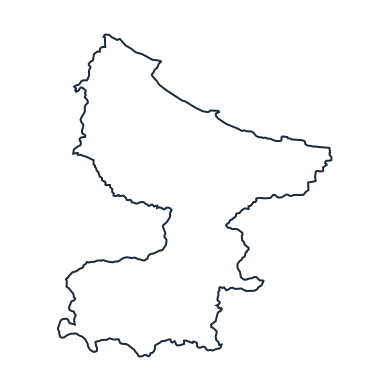 outline of Nandayure, Guanacaste, Costa Rica, rotated 177°
{"feature_id": "36466004B45904534583509", "entity_name": "Nandayure", "entity_type": "district", "adm_level": 2, "iso_a3": "CRI", "parent_name": "Costa Rica", "parent_adm1": "Guanacaste", "projection": "mercator", "projection_center": [-85.275, 9.901], "detail": "fine", "context": "isolated", "style": "outline", "palette": "slate", "viewbox_px": 384, "rotation_deg": 177, "n_neighbors": 0, "source": "geoboundaries", "source_scale": "gbopen_adm2", "svg_char_len": 5964}
<svg xmlns="http://www.w3.org/2000/svg" viewBox="0 0 384 384"><g transform="rotate(177 192 192)"><path d="M320.9,83.1L320.5,80.9L319.3,79.9L316.4,78.8L315.7,76.7L314.6,75.0L316.5,70.9L316.0,65.8L321.1,67.4L322.4,70.7L323.6,72.0L327.4,71.9L329.3,71.1L330.2,69.8L333.0,62.8L332.9,61.5L331.9,59.5L332.1,58.2L331.1,54.1L329.6,53.3L327.7,53.4L324.3,55.4L321.1,56.7L316.1,56.8L314.1,56.4L313.1,55.1L308.9,53.2L306.4,50.4L304.3,46.3L303.9,43.5L302.2,39.8L298.9,37.6L297.8,37.4L295.4,38.2L294.9,41.3L295.9,43.2L296.2,47.4L291.8,48.2L290.4,48.9L284.6,48.9L282.0,50.2L277.9,48.7L273.0,48.8L271.5,44.7L269.0,43.9L266.3,43.7L264.3,42.9L257.7,37.2L257.0,35.6L254.8,33.0L254.3,31.4L253.0,30.5L250.6,30.5L248.1,31.6L246.1,31.7L244.4,30.2L243.4,30.5L242.7,31.1L242.1,32.7L241.4,33.3L239.9,33.5L238.3,35.1L237.2,37.4L237.2,40.1L236.3,41.2L232.6,42.8L229.9,44.7L226.5,44.8L223.1,45.9L221.4,45.9L220.4,43.1L219.7,42.7L217.1,43.9L216.4,42.6L216.1,41.0L214.9,39.6L212.4,39.6L207.7,40.7L207.8,43.9L206.1,44.1L199.4,41.2L198.8,42.5L197.1,42.3L194.9,40.8L195.1,37.9L194.0,36.4L191.9,36.0L190.4,36.8L188.5,36.9L186.7,35.9L185.9,34.1L184.3,33.0L181.2,33.3L180.2,32.7L178.9,32.7L176.9,33.8L172.5,34.4L171.5,35.4L170.4,38.1L172.9,37.9L173.4,40.8L175.6,43.0L175.9,46.9L174.8,49.8L174.8,51.9L179.0,56.0L179.8,56.0L179.8,58.7L175.2,61.6L172.9,69.2L171.6,71.0L169.7,71.5L169.7,72.8L168.5,73.3L168.5,73.9L169.2,74.7L171.8,75.0L172.0,76.5L173.4,77.4L172.3,77.7L170.1,79.7L170.3,80.9L172.0,82.3L172.2,83.9L171.0,87.7L171.0,90.9L169.5,92.6L169.9,94.3L169.5,95.3L168.1,95.4L166.4,94.5L165.0,95.1L162.8,92.0L160.0,93.1L158.6,94.2L156.4,94.3L155.6,93.6L153.3,92.9L147.8,93.1L146.0,91.8L142.5,90.2L134.4,90.2L131.9,91.6L130.6,93.4L127.2,95.4L126.7,96.9L125.3,99.0L125.3,99.6L125.8,99.9L128.9,100.1L132.4,103.8L134.2,103.9L136.7,102.8L138.8,102.7L142.8,101.6L145.0,101.9L147.7,104.4L148.2,109.6L150.3,113.2L150.5,114.3L150.3,117.9L147.5,121.0L146.1,121.7L145.0,123.7L143.6,124.3L142.4,125.5L141.7,128.7L140.5,129.3L140.3,130.1L138.3,131.9L138.5,133.4L142.1,136.5L142.7,139.1L144.4,141.3L144.6,145.3L143.7,146.9L143.9,148.6L148.1,152.2L150.3,152.8L153.9,152.9L156.0,154.3L158.0,154.4L159.7,157.0L159.4,157.7L156.8,159.4L155.4,161.9L153.6,162.4L151.8,164.0L149.7,165.1L149.0,167.8L147.9,168.4L145.7,168.4L143.2,171.3L140.0,172.9L136.3,172.1L136.3,174.8L134.0,175.2L130.9,178.9L129.3,178.8L128.8,179.1L128.1,180.3L128.3,181.9L127.6,182.3L124.7,182.6L120.3,181.9L114.0,181.9L111.0,184.9L108.9,184.5L107.1,182.4L105.7,181.9L102.7,182.0L98.2,184.4L96.5,184.4L94.6,183.0L92.0,183.0L90.8,183.7L80.9,183.3L78.8,185.7L75.6,187.9L75.5,195.5L70.2,196.0L67.9,196.7L68.3,200.7L67.3,205.9L66.2,206.5L64.9,206.5L63.3,205.8L60.3,206.0L59.9,206.4L59.7,209.8L56.1,212.0L56.1,212.7L57.6,214.0L57.1,215.5L55.9,216.1L51.8,216.2L51.1,216.6L51.0,219.9L52.7,221.8L52.5,224.0L52.0,224.0L52.5,228.9L64.4,230.5L65.1,230.9L67.5,230.9L75.0,232.6L76.3,234.0L76.6,236.3L77.3,237.2L80.7,238.2L89.5,239.2L90.4,240.0L93.4,240.6L93.9,241.8L97.9,242.7L99.0,242.7L99.8,241.8L99.8,239.9L100.3,238.6L102.6,238.3L106.4,238.8L111.2,241.1L114.1,241.5L115.7,242.4L118.3,242.3L119.5,242.9L121.5,243.1L124.8,244.3L127.6,248.1L129.9,249.4L134.3,249.8L136.0,250.6L139.5,250.6L142.2,252.5L154.3,258.2L162.0,264.0L164.1,266.8L164.2,268.5L163.8,269.3L160.8,270.3L161.0,271.2L161.7,271.7L169.0,272.4L171.1,271.2L172.6,271.0L177.3,272.2L183.3,275.5L194.5,283.1L197.0,283.8L212.5,295.1L218.5,300.3L220.1,302.3L221.2,304.6L225.2,309.3L225.9,310.6L225.9,311.7L224.4,313.1L222.9,315.9L220.3,317.9L218.3,322.1L216.1,323.7L216.4,324.3L219.2,325.2L224.8,326.2L234.2,332.1L241.0,334.5L245.6,338.6L250.6,341.8L256.0,348.6L258.9,347.8L264.4,351.1L266.2,353.0L269.5,353.8L271.1,353.5L272.2,351.5L270.9,351.0L271.1,341.3L273.9,341.5L275.1,341.1L276.3,340.0L276.8,336.9L279.1,337.2L282.7,334.8L283.8,329.2L284.5,328.2L286.3,327.7L288.4,325.4L288.3,324.0L286.9,322.4L286.9,321.6L288.5,318.8L288.7,313.6L290.7,309.5L291.2,309.0L294.9,309.2L296.9,308.3L298.6,305.8L299.7,305.0L302.1,304.5L304.1,303.4L303.9,302.8L302.4,301.6L302.7,300.1L303.3,299.7L302.4,298.1L299.6,299.5L298.8,301.2L297.5,302.2L295.9,301.8L293.1,299.2L292.8,297.9L293.6,296.7L293.7,295.7L293.0,294.5L294.2,292.3L291.6,289.2L291.3,286.6L293.8,284.4L294.7,282.2L294.7,278.8L295.3,276.9L298.6,272.2L299.5,270.1L299.0,267.9L297.1,265.2L297.2,262.8L298.7,259.1L298.6,256.4L295.6,254.3L295.7,252.7L299.9,252.2L301.4,251.0L301.4,249.1L300.9,248.9L300.3,247.8L300.7,245.1L301.3,244.4L303.5,243.5L307.7,240.8L308.6,236.5L304.1,237.0L304.0,235.1L300.9,234.9L297.9,233.4L296.6,233.2L288.6,228.9L288.9,224.8L287.4,223.3L287.6,222.1L286.5,220.7L286.0,218.2L284.6,217.0L283.3,212.2L281.2,210.8L281.2,208.4L278.0,206.6L277.8,205.6L278.2,204.6L277.9,203.4L273.6,203.3L273.4,201.0L271.4,199.1L271.8,196.3L270.2,194.7L270.6,192.6L268.4,191.9L265.4,192.9L265.0,191.7L260.6,192.0L258.4,189.6L257.5,187.5L256.1,187.1L254.0,187.5L252.9,186.1L252.7,184.9L250.5,184.4L249.0,183.5L247.5,183.3L243.9,184.6L241.0,184.5L238.7,182.4L237.4,182.0L235.9,180.3L235.1,180.4L233.0,181.6L232.1,181.5L230.6,179.5L228.3,180.2L227.3,180.0L227.7,177.8L225.5,178.4L223.0,177.5L221.2,176.1L219.8,176.3L218.5,177.7L215.9,177.5L214.5,176.7L213.3,174.9L215.2,172.0L215.0,169.3L215.9,167.2L218.9,163.1L222.1,160.7L223.0,159.4L220.7,152.1L221.7,150.4L221.8,148.3L220.0,145.8L220.0,144.7L220.8,140.5L224.4,135.8L225.8,135.2L227.8,135.2L232.3,133.0L237.2,132.0L238.9,130.5L240.1,127.8L242.9,126.2L244.4,126.2L247.0,127.3L249.1,127.6L252.5,129.5L255.9,129.2L260.4,130.3L263.6,129.7L265.6,128.8L267.2,127.6L270.6,126.4L272.5,126.6L274.9,125.9L279.9,127.0L284.7,128.7L286.4,128.1L287.8,128.5L290.4,128.4L293.4,127.4L296.9,127.5L298.1,126.9L300.6,127.6L301.7,125.9L304.1,124.5L304.8,122.5L306.6,121.5L307.8,121.4L311.8,118.8L313.2,118.8L314.7,118.0L315.5,118.2L319.7,114.1L320.0,113.2L322.5,111.6L321.7,109.9L322.2,104.0L320.1,102.3L315.8,96.5L315.4,93.0L314.2,91.6L315.2,90.0L318.0,89.2L320.9,83.1Z" fill="none" stroke="#1e293b" stroke-width="2"/></g></svg>